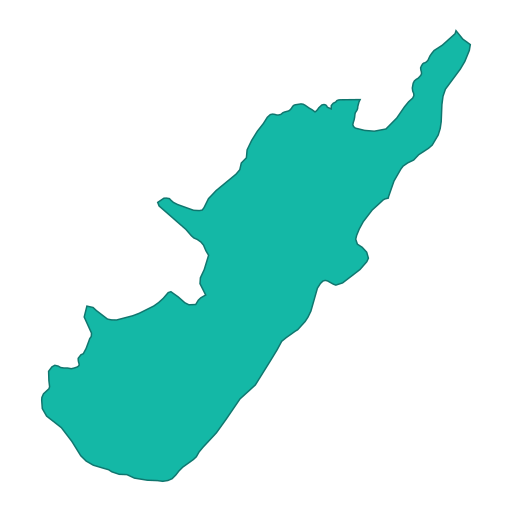 an SVG outline of Huila
{"feature_id": "COL-1405", "entity_name": "Huila", "entity_type": "Department", "adm_level": 1, "iso_a3": "COL", "parent_name": "Colombia", "parent_adm1": "", "projection": "albers", "projection_center": [-75.51, 2.666], "detail": "fine", "context": "isolated", "style": "filled", "palette": "teal", "viewbox_px": 512, "rotation_deg": 0, "n_neighbors": 0, "source": "natural_earth", "source_scale": "10m", "svg_char_len": 3021}
<svg xmlns="http://www.w3.org/2000/svg" viewBox="0 0 512 512"><path d="M388.3,198.1L384.8,199.0L383.2,199.9L380.1,202.8L372.2,210.0L363.3,221.6L359.3,228.9L356.7,235.2L355.7,239.2L357.4,244.2L362.2,247.3L366.7,252.2L368.4,258.2L366.8,261.7L360.0,269.5L342.6,282.9L335.8,285.1L333.4,284.2L327.5,280.9L325.2,280.4L323.0,281.0L320.4,283.5L317.4,288.2L310.9,311.1L308.0,317.1L305.2,321.4L297.6,329.8L295.5,331.0L286.1,337.7L281.7,341.3L277.1,349.8L270.7,360.3L255.3,385.0L240.0,398.9L226.3,419.0L216.4,432.8L203.1,447.1L199.1,451.9L196.3,456.8L193.4,459.5L182.8,467.1L179.0,470.9L175.8,475.0L172.1,478.7L167.9,480.5L162.7,481.3L157.6,480.6L147.3,480.2L134.4,478.1L126.9,474.6L119.2,474.3L111.8,471.8L108.6,469.7L103.3,468.2L93.3,465.2L86.2,461.1L80.8,455.8L71.8,441.3L61.4,427.7L46.6,416.1L42.3,408.6L41.7,400.0L41.9,397.4L43.5,393.8L49.0,388.7L49.6,386.7L48.9,380.6L48.6,371.3L51.9,366.9L54.8,365.3L58.2,366.1L60.6,367.5L63.8,368.0L67.4,368.0L71.3,368.7L74.3,368.0L77.2,367.0L78.6,366.0L79.2,364.9L79.0,363.5L78.5,361.9L78.2,359.9L78.2,358.3L80.9,354.8L83.3,353.7L86.1,348.5L89.0,340.7L89.7,338.7L91.3,336.4L91.5,333.1L84.2,317.0L86.9,306.1L93.1,307.5L96.3,310.5L107.5,319.1L111.5,319.9L116.5,320.0L132.6,315.8L139.2,313.3L153.8,306.0L158.7,302.5L163.3,298.3L168.2,292.6L170.9,291.7L178.2,296.9L184.9,302.8L188.9,304.8L195.7,304.5L198.3,300.2L200.8,297.8L205.7,295.0L200.0,283.7L200.4,277.8L204.2,269.7L208.6,255.3L205.9,250.7L203.5,245.1L200.9,242.0L197.2,239.4L193.9,238.0L191.3,235.7L185.9,229.4L180.5,224.7L159.1,206.0L157.7,202.4L163.9,198.2L166.3,198.1L169.4,198.6L170.9,200.2L173.4,202.4L177.5,204.5L193.6,210.3L199.3,210.6L202.2,210.1L204.0,207.7L208.5,198.6L216.2,190.5L236.1,174.1L239.8,169.7L241.3,163.0L246.4,157.8L247.1,149.9L251.6,140.5L257.3,131.3L263.4,123.5L267.3,117.3L270.3,114.6L272.6,114.1L274.8,114.4L276.8,115.0L278.5,115.0L280.9,114.4L282.9,112.7L284.6,112.0L288.7,110.9L290.2,109.8L291.4,108.4L292.8,106.2L294.0,105.2L295.2,104.8L301.0,103.9L303.1,104.2L305.2,105.3L309.2,108.1L312.0,109.7L315.0,111.9L315.8,111.4L317.4,109.8L318.8,107.8L321.8,105.0L324.0,104.5L325.8,105.0L326.8,106.1L327.3,107.2L331.2,108.9L331.3,105.5L333.3,103.2L335.6,102.1L336.9,100.6L338.4,100.0L340.1,99.8L360.1,99.6L359.0,101.9L357.8,106.4L357.6,108.6L356.9,110.3L355.4,112.6L355.0,113.8L354.6,117.4L354.1,119.9L353.3,122.4L352.8,124.7L353.6,126.6L355.3,128.1L364.6,130.4L374.3,131.2L385.9,129.0L396.8,118.0L404.5,106.8L408.6,101.8L412.7,98.1L413.9,95.6L413.7,93.5L412.7,91.0L412.3,88.0L413.2,83.2L414.4,80.9L416.3,79.3L418.2,78.2L420.7,75.5L421.5,73.9L421.4,71.9L420.9,70.2L420.6,67.9L421.4,66.0L422.6,64.0L423.7,63.1L424.9,62.8L426.3,62.0L427.9,60.4L430.0,55.9L431.8,53.3L434.1,50.5L442.3,45.2L455.1,33.7L456.0,30.7L462.8,39.1L470.3,44.6L469.3,50.5L464.8,61.5L460.3,69.1L445.4,89.2L443.0,96.3L441.9,104.6L441.2,121.6L440.2,128.5L438.2,135.0L432.2,145.1L428.5,148.3L418.7,154.7L413.7,160.0L407.7,162.9L403.1,166.1L400.9,169.0L394.0,181.0L388.5,196.8L388.3,198.1Z" fill="#14b8a6" stroke="#0f766e" stroke-width="1.5"/></svg>